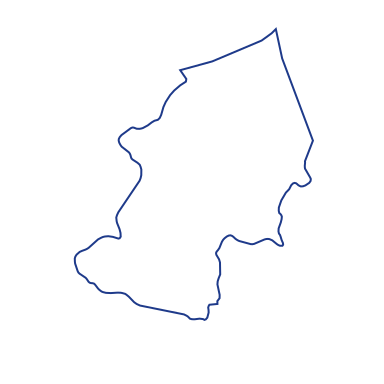 outline of Nakhon Nayok, rotated 160°
{"feature_id": "THA-409", "entity_name": "Nakhon Nayok", "entity_type": "Province", "adm_level": 1, "iso_a3": "THA", "parent_name": "Thailand", "parent_adm1": "", "projection": "albers", "projection_center": [101.238, 14.229], "detail": "fine", "context": "isolated", "style": "outline", "palette": "blue", "viewbox_px": 384, "rotation_deg": 160, "n_neighbors": 0, "source": "natural_earth", "source_scale": "10m", "svg_char_len": 2518}
<svg xmlns="http://www.w3.org/2000/svg" viewBox="0 0 384 384"><g transform="rotate(160 192 192)"><path d="M172.2,138.5L174.4,138.3L177.2,137.4L179.0,136.5L180.9,135.0L185.4,130.0L187.5,128.5L189.3,127.5L190.3,126.4L190.6,124.7L189.6,119.5L189.8,116.2L193.7,104.9L196.4,101.9L198.4,99.3L199.7,96.5L201.2,85.9L202.4,82.8L205.5,80.8L206.4,78.1L214.2,80.1L215.3,79.2L216.3,77.9L216.8,75.5L217.6,73.0L220.6,68.7L222.6,67.6L224.1,67.6L224.7,68.4L225.1,68.8L228.2,70.4L233.1,71.5L235.6,72.5L237.2,73.6L238.5,76.4L239.4,77.6L241.4,79.7L279.7,103.1L282.3,105.7L284.1,108.3L287.2,115.3L288.8,118.0L289.7,119.2L292.1,120.9L293.4,121.7L296.4,122.9L302.9,124.8L307.4,126.7L309.9,128.4L311.0,129.4L311.8,130.6L312.6,131.9L313.3,133.4L314.8,138.2L315.4,139.4L316.6,140.3L318.0,140.9L319.2,141.8L319.9,143.0L320.7,146.3L321.3,147.8L325.6,153.7L326.3,155.2L326.5,156.9L326.3,164.7L325.9,166.5L324.9,169.6L323.7,171.2L321.9,172.6L318.1,174.1L315.6,174.3L311.7,174.3L309.9,174.5L308.2,174.9L296.5,179.6L292.9,180.1L291.1,180.2L289.2,180.0L285.8,179.1L281.7,176.9L277.1,173.4L275.8,173.3L274.3,174.4L273.2,177.9L272.8,181.8L273.0,188.5L272.8,190.3L271.9,193.9L270.4,195.9L268.1,198.2L237.4,220.5L235.5,222.7L233.9,225.2L231.9,230.5L231.7,233.3L231.8,235.5L233.2,238.1L236.8,242.9L237.4,244.2L237.4,245.9L237.2,247.6L237.3,249.4L237.7,250.8L242.5,258.5L243.0,260.0L243.3,261.6L243.5,263.2L243.4,264.7L243.2,265.7L242.6,266.9L241.1,268.3L238.8,269.6L227.7,272.9L226.1,273.0L224.8,272.5L223.3,271.2L222.4,270.4L221.2,269.9L219.7,269.3L217.9,269.0L216.3,268.9L210.8,269.7L206.0,271.2L202.9,271.8L199.4,271.5L197.0,272.6L194.6,275.0L189.8,281.6L185.9,285.6L179.3,290.6L173.9,293.5L166.5,296.3L160.0,297.8L159.2,299.2L158.7,300.2L161.4,310.5L128.3,307.8L74.8,310.5L62.9,313.9L57.5,316.4L61.6,286.7L60.8,198.9L75.3,182.3L75.7,180.9L77.0,178.2L77.5,176.7L77.8,175.3L76.0,165.2L75.9,163.6L76.8,161.8L78.7,160.5L83.2,159.4L85.8,159.4L87.8,160.0L88.9,161.0L89.8,162.1L90.5,163.5L91.3,164.7L92.6,165.5L94.2,165.5L96.5,164.4L99.7,161.4L104.0,159.3L110.9,153.6L115.7,147.7L116.9,144.7L117.2,142.4L116.4,141.0L116.0,139.6L116.0,138.1L117.1,135.8L119.0,133.0L123.0,128.2L124.2,125.4L124.5,123.2L124.0,121.6L124.0,119.8L124.2,116.2L124.0,112.8L124.4,111.3L125.4,110.6L127.7,111.4L129.0,112.6L130.0,113.9L133.1,119.1L135.3,121.2L136.6,121.9L138.2,122.4L140.1,122.6L151.4,122.0L153.1,122.3L154.6,122.9L164.4,129.8L165.4,130.8L166.3,131.9L167.2,133.2L168.5,135.8L169.4,137.1L170.6,138.1L172.2,138.5Z" fill="none" stroke="#1e3a8a" stroke-width="2"/></g></svg>